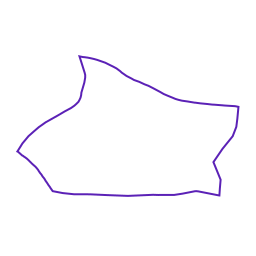 outline of Hat, Al Mahrah, Yemen, rotated 93°
{"feature_id": "15242507B17941061209277", "entity_name": "Hat", "entity_type": "district", "adm_level": 2, "iso_a3": "YEM", "parent_name": "Yemen", "parent_adm1": "Al Mahrah", "projection": "orthographic", "projection_center": [51.804, 17.432], "detail": "fine", "context": "isolated", "style": "outline", "palette": "violet", "viewbox_px": 256, "rotation_deg": 93, "n_neighbors": 0, "source": "geoboundaries", "source_scale": "gbopen_adm2", "svg_char_len": 2756}
<svg xmlns="http://www.w3.org/2000/svg" viewBox="0 0 256 256"><g transform="rotate(93 128 128)"><path d="M59.0,180.2L65.1,177.9L75.0,174.2L77.3,173.5L80.0,173.4L85.0,174.0L90.1,175.2L95.1,176.4L97.6,176.5L100.2,177.0L102.7,178.0L104.5,178.9L106.7,180.9L108.5,182.7L111.0,185.9L114.7,192.0L119.2,198.8L126.6,210.5L131.8,217.1L136.2,221.7L141.3,226.9L148.9,232.6L157.2,237.2L157.3,236.9L157.5,236.6L157.7,236.3L158.0,235.9L158.3,235.5L158.6,235.2L158.8,234.9L159.1,234.5L159.4,234.2L159.7,233.8L159.9,233.5L160.2,233.2L160.4,232.9L160.7,232.6L161.0,232.2L161.1,231.8L161.3,231.4L161.5,231.1L161.7,230.8L162.0,230.4L162.2,230.1L162.4,229.7L162.6,229.3L162.9,228.9L163.1,228.5L163.4,228.2L163.6,227.8L163.8,227.5L164.1,227.1L164.5,226.7L164.7,226.4L165.0,226.0L165.3,225.7L165.6,225.4L165.9,225.0L166.2,224.7L166.6,224.3L166.9,223.9L167.3,223.5L167.5,223.2L167.8,222.9L168.2,222.5L168.5,222.2L168.7,221.9L169.1,221.4L169.5,221.0L169.7,220.7L170.0,220.3L170.3,219.9L170.6,219.6L170.9,219.2L171.1,218.9L171.4,218.5L171.8,218.1L172.1,217.9L172.4,217.5L172.8,217.1L173.2,216.8L173.5,216.5L173.6,216.4L173.8,216.2L174.1,216.0L174.4,215.7L174.8,215.4L175.1,215.2L175.6,214.9L176.0,214.6L176.4,214.3L176.7,214.0L177.1,213.8L177.4,213.5L177.8,213.2L178.1,212.9L178.4,212.6L178.7,212.3L179.1,212.0L179.4,211.7L179.9,211.5L180.0,211.4L180.3,211.2L180.6,210.9L181.1,210.6L181.4,210.3L181.7,210.0L182.0,209.7L182.4,209.4L182.7,209.1L183.0,208.9L183.3,208.6L183.9,208.3L184.4,207.9L185.0,207.6L185.4,207.2L185.8,207.0L186.1,206.7L186.4,206.4L186.7,206.2L187.1,205.9L187.4,205.7L187.8,205.4L188.2,205.1L188.5,204.9L189.0,204.6L189.3,204.3L189.6,204.1L190.0,203.7L190.3,203.5L190.7,203.2L191.0,202.9L191.3,202.7L191.7,202.5L192.0,202.2L192.4,202.0L192.7,201.7L193.0,201.4L193.4,201.2L193.7,200.9L194.1,200.6L194.3,200.5L194.4,200.4L194.7,200.1L195.0,199.9L196.4,189.8L197.0,178.3L196.5,168.7L196.3,164.5L196.2,161.5L196.1,145.7L195.8,124.5L193.4,99.5L193.3,94.4L192.4,78.3L190.7,70.1L187.6,57.7L187.5,56.5L187.6,54.6L190.6,33.4L190.6,33.2L183.5,33.1L174.8,32.8L157.6,40.9L143.8,32.5L130.7,23.0L121.2,19.9L113.1,19.3L101.1,18.8L100.7,21.4L100.6,22.4L100.6,22.9L100.5,32.7L100.4,35.1L100.4,35.4L100.2,43.0L100.2,45.4L99.9,49.9L99.6,57.1L99.2,61.9L99.2,62.8L98.4,69.8L98.3,70.9L97.9,75.4L97.8,76.1L97.2,79.2L96.5,82.1L95.3,85.4L95.1,86.0L93.6,90.3L92.5,93.3L92.2,94.1L90.4,97.6L88.2,102.3L86.7,105.5L86.0,107.1L85.4,108.4L84.7,110.0L84.5,110.7L83.5,113.8L81.6,118.5L81.4,118.9L79.7,124.6L78.5,126.9L76.1,132.2L74.4,134.9L73.0,137.2L71.7,138.7L69.1,142.6L67.5,146.0L66.1,149.3L64.0,154.1L63.2,156.8L62.8,158.2L61.6,162.3L61.4,163.2L60.9,165.4L60.7,166.5L60.2,169.4L59.8,172.2L59.7,173.7L59.6,174.4L59.5,176.8L59.0,180.2Z" fill="none" stroke="#5b21b6" stroke-width="2"/></g></svg>